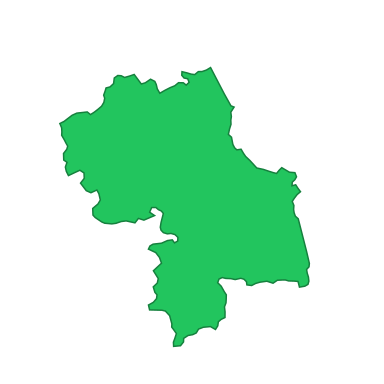 the district of Ribeira, São Paulo, Brazil, rotated 60°
{"feature_id": "56859067B1551247382346", "entity_name": "Ribeira", "entity_type": "district", "adm_level": 2, "iso_a3": "BRA", "parent_name": "Brazil", "parent_adm1": "São Paulo", "projection": "robinson", "projection_center": [-49.03, -24.604], "detail": "fine", "context": "isolated", "style": "filled", "palette": "green", "viewbox_px": 384, "rotation_deg": 60, "n_neighbors": 0, "source": "geoboundaries", "source_scale": "gbopen_adm2", "svg_char_len": 2817}
<svg xmlns="http://www.w3.org/2000/svg" viewBox="0 0 384 384"><g transform="rotate(60 192 192)"><path d="M246.0,97.9L241.7,98.4L237.6,98.6L236.6,102.3L233.6,100.2L232.8,96.8L231.1,93.9L226.7,93.2L223.6,97.7L215.8,102.1L216.7,105.5L218.2,109.5L215.7,112.1L212.4,115.1L208.1,118.9L203.6,123.9L193.7,126.1L188.0,127.8L184.0,128.1L179.5,128.1L177.9,132.1L175.0,133.0L171.2,132.8L164.3,130.4L160.3,131.7L156.2,128.0L152.9,124.4L149.1,122.4L146.4,120.2L142.3,118.5L139.5,113.1L136.8,115.2L123.1,115.0L93.5,113.7L93.6,118.5L92.7,123.1L90.9,126.3L91.7,130.9L89.4,133.9L86.4,136.7L82.8,140.5L85.8,142.5L89.3,141.9L91.8,139.1L95.6,139.7L96.5,143.6L93.1,144.9L90.6,149.0L91.4,153.8L90.7,158.8L90.4,164.6L90.4,170.5L85.3,170.5L81.0,169.2L77.6,168.9L73.6,171.5L74.1,177.8L73.1,181.9L61.3,183.3L60.4,188.0L59.1,193.1L55.9,195.2L54.0,198.0L54.4,202.3L58.9,205.7L60.0,210.5L58.9,214.4L61.1,216.7L64.0,220.1L67.1,220.7L70.3,223.5L72.5,227.4L73.3,231.7L74.0,236.6L74.2,241.2L70.3,242.7L68.3,247.3L66.1,252.3L65.6,257.5L66.3,263.0L66.9,267.4L66.6,272.2L71.2,272.8L75.0,274.7L77.7,276.5L83.4,276.5L86.9,276.7L90.1,276.7L92.4,279.1L94.4,284.0L100.2,287.1L103.8,285.4L107.1,289.2L111.2,290.5L116.0,290.8L116.6,283.4L117.1,278.2L121.5,276.0L126.3,278.5L128.6,284.1L138.0,282.9L142.1,279.9L142.7,273.4L146.9,273.5L153.1,275.4L155.4,279.5L156.6,286.2L162.5,289.3L165.7,288.6L172.9,285.1L175.4,283.2L179.5,277.4L181.1,273.5L182.2,268.0L184.1,263.5L190.2,256.8L188.1,251.6L192.3,247.7L193.7,236.2L188.3,238.8L185.3,234.7L187.4,231.0L190.5,229.9L193.2,228.0L196.3,227.6L203.0,234.1L206.7,237.1L209.6,237.9L212.9,237.1L215.9,234.3L217.4,230.9L220.4,228.0L224.3,226.9L227.3,228.9L227.3,232.6L223.6,233.0L221.8,237.5L221.1,244.0L217.7,251.8L217.7,255.4L219.7,258.3L226.3,253.7L232.4,252.9L238.4,254.0L240.9,264.8L250.1,264.5L253.5,267.6L254.8,273.0L260.4,274.3L263.5,273.7L266.6,276.0L268.2,280.6L268.1,286.2L272.9,287.7L279.3,277.2L281.8,274.6L287.9,273.2L296.2,275.4L298.8,277.1L302.3,276.7L306.8,276.3L310.4,280.3L312.8,283.2L316.5,285.1L319.4,278.8L317.6,274.3L314.6,272.4L314.3,267.1L315.9,262.7L316.2,258.8L314.0,254.9L314.8,249.8L317.8,243.3L322.8,240.4L320.8,236.6L317.6,234.1L316.9,230.6L317.2,226.2L312.3,223.3L307.7,221.3L305.0,218.0L301.8,215.9L298.2,213.7L294.5,213.9L288.2,213.8L283.4,215.1L280.9,212.2L281.2,208.6L283.7,206.0L286.5,201.6L289.4,198.4L291.1,192.9L293.5,190.6L296.9,189.7L299.9,190.9L302.8,187.1L303.0,182.6L304.1,178.2L306.7,171.8L311.5,167.4L311.1,162.2L313.2,158.1L314.8,155.2L317.3,152.8L320.4,147.8L322.5,144.9L328.1,146.5L330.0,141.4L330.0,137.8L327.7,135.4L323.9,133.7L319.9,132.8L316.4,131.5L315.3,128.1L312.6,126.1L304.4,123.6L301.1,122.6L268.3,113.4L264.6,114.6L260.9,113.9L257.9,112.7L254.6,110.5L250.3,109.9L248.6,106.6L246.8,102.3L246.0,97.9Z" fill="#22c55e" stroke="#15803d" stroke-width="1.5"/></g></svg>